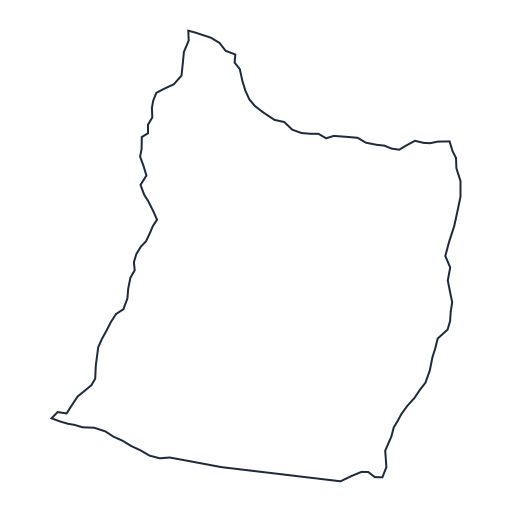 outline of Emilianópolis, São Paulo, Brazil
{"feature_id": "56859067B80987018842318", "entity_name": "Emilianópolis", "entity_type": "district", "adm_level": 2, "iso_a3": "BRA", "parent_name": "Brazil", "parent_adm1": "São Paulo", "projection": "natural_earth1", "projection_center": [-51.48, -21.789], "detail": "fine", "context": "isolated", "style": "outline", "palette": "slate", "viewbox_px": 512, "rotation_deg": 0, "n_neighbors": 0, "source": "geoboundaries", "source_scale": "gbopen_adm2", "svg_char_len": 1688}
<svg xmlns="http://www.w3.org/2000/svg" viewBox="0 0 512 512"><path d="M219.6,43.0L210.9,37.7L202.3,34.9L195.1,32.5L188.3,30.7L188.7,40.6L183.9,51.9L182.8,63.4L181.5,75.6L173.8,84.3L164.2,88.7L156.3,92.9L153.2,100.7L151.9,108.0L152.3,117.4L148.0,124.7L148.0,133.3L141.8,137.0L141.6,148.9L140.1,156.7L143.3,165.3L146.4,175.5L140.5,184.9L144.2,194.8L148.1,200.9L153.6,211.9L157.0,219.7L152.8,226.2L149.9,233.1L146.0,241.3L140.9,246.6L136.3,254.1L133.9,262.2L134.7,270.3L130.4,277.7L128.2,288.7L127.4,298.5L123.4,309.2L116.1,314.0L111.0,321.8L106.5,330.6L101.9,339.0L98.2,347.3L95.8,365.6L95.2,378.7L91.4,385.2L84.5,390.9L77.7,396.4L72.1,404.8L66.6,413.4L57.6,412.1L51.5,418.3L60.2,421.5L68.1,423.8L74.6,424.9L82.5,427.3L94.0,427.7L105.4,431.4L113.5,436.7L122.7,440.8L131.3,446.1L140.2,450.2L149.5,455.6L159.8,458.3L169.7,457.5L221.2,467.1L340.5,481.3L351.5,476.0L361.4,471.9L368.2,472.0L374.8,477.1L382.4,477.3L386.4,467.1L385.2,450.7L391.3,436.7L393.8,427.3L398.0,420.4L401.3,414.2L407.1,406.1L414.4,398.0L419.9,389.8L425.4,382.8L429.8,370.5L432.5,357.0L435.1,348.9L437.7,338.5L447.6,329.6L450.1,321.0L450.7,311.8L452.2,302.2L450.2,292.8L447.8,280.5L450.2,267.5L445.3,256.0L449.1,241.8L454.2,226.2L457.3,211.9L460.5,196.7L460.5,181.1L456.4,168.2L456.0,157.9L452.6,151.3L449.6,141.4L437.8,141.6L430.1,143.2L423.7,142.9L415.0,140.8L405.1,146.1L399.3,149.7L391.7,148.6L384.2,145.6L376.6,144.8L365.9,142.7L357.7,137.8L344.7,136.7L333.7,135.9L326.1,138.3L318.5,133.8L310.7,133.8L301.3,133.0L292.3,129.7L284.2,122.0L274.5,119.9L263.5,112.6L255.0,106.1L249.4,99.5L245.3,90.5L242.3,80.6L239.8,69.1L234.6,62.6L235.3,54.5L225.6,50.8L219.6,43.0Z" fill="none" stroke="#1e293b" stroke-width="2"/></svg>